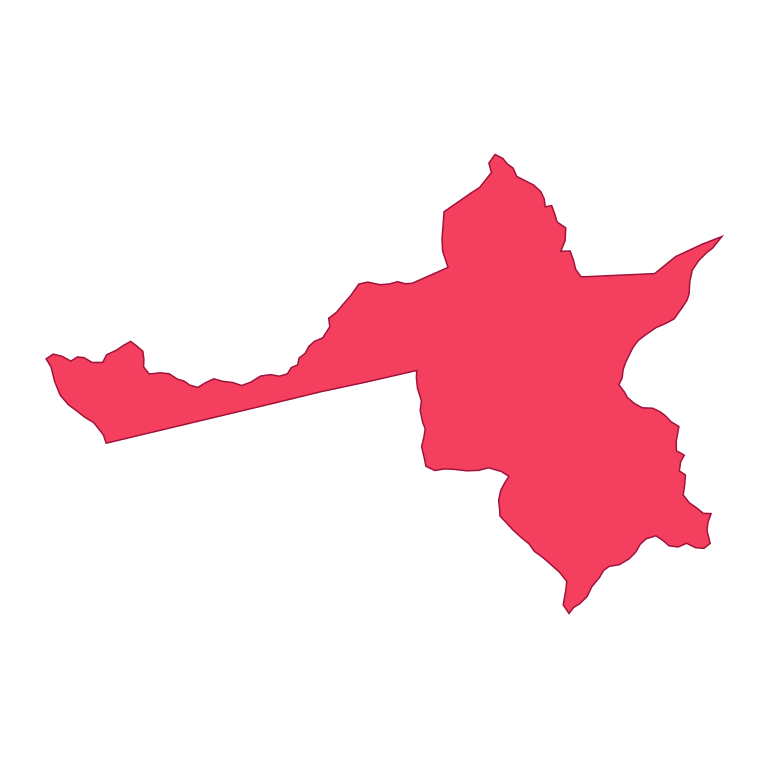 outline of Goianira, Goiás, Brazil
{"feature_id": "56859067B49274736539809", "entity_name": "Goianira", "entity_type": "district", "adm_level": 2, "iso_a3": "BRA", "parent_name": "Brazil", "parent_adm1": "Goiás", "projection": "orthographic", "projection_center": [-49.441, -16.501], "detail": "fine", "context": "isolated", "style": "filled", "palette": "rose", "viewbox_px": 768, "rotation_deg": 0, "n_neighbors": 0, "source": "geoboundaries", "source_scale": "gbopen_adm2", "svg_char_len": 2506}
<svg xmlns="http://www.w3.org/2000/svg" viewBox="0 0 768 768"><path d="M495.0,154.5L488.9,163.1L491.4,172.6L479.6,187.5L470.7,193.2L444.1,211.7L442.0,238.7L442.6,251.0L445.8,260.6L448.0,267.4L412.1,283.3L405.3,283.7L397.5,281.7L389.2,284.0L380.0,284.7L367.8,282.1L358.9,284.0L355.0,289.5L350.7,295.6L343.0,304.4L336.6,312.2L328.7,318.2L329.8,326.7L322.7,337.9L314.5,341.3L308.8,346.4L305.0,353.5L299.1,358.0L297.7,364.9L291.4,367.5L287.3,373.9L279.3,376.2L270.7,374.6L260.4,376.1L250.7,382.2L241.6,385.5L232.7,382.5L222.6,381.3L213.8,378.8L205.9,382.5L197.7,387.4L189.8,385.1L183.9,381.0L177.5,379.2L169.1,373.7L160.0,372.8L149.3,374.0L143.6,366.9L143.9,359.5L142.9,351.3L136.8,346.1L130.7,341.4L124.0,345.0L116.8,350.0L106.6,354.8L102.7,362.4L92.0,362.4L84.1,357.7L77.4,356.9L70.9,361.1L61.8,356.2L53.2,354.1L46.1,358.9L51.1,367.1L54.6,381.4L60.3,395.3L68.5,404.8L76.2,410.5L84.6,417.1L93.9,422.8L103.4,434.9L106.2,443.2L142.6,434.5L269.2,404.3L304.6,395.7L320.5,391.8L366.1,382.1L416.6,370.5L416.4,378.4L417.5,388.3L421.4,400.9L420.2,410.6L422.7,422.5L425.2,428.8L423.9,437.1L421.6,446.6L424.4,458.5L425.9,466.3L434.8,470.5L444.8,468.9L454.4,469.4L466.9,470.8L478.6,470.4L488.5,467.8L501.4,471.5L508.9,476.3L505.0,482.4L500.7,490.5L498.6,500.5L499.6,509.0L500.0,516.1L505.7,522.0L512.8,529.8L520.9,537.2L529.1,543.9L534.4,551.4L543.0,557.6L550.7,564.4L559.8,572.5L566.8,581.5L565.7,590.8L563.2,604.9L569.0,613.5L573.6,607.5L579.7,603.8L587.2,596.4L591.8,586.7L599.6,577.3L603.6,570.4L609.3,566.3L619.3,564.7L629.2,558.8L635.9,551.9L640.2,544.3L646.2,538.8L655.9,535.8L663.6,541.0L669.0,545.8L678.2,547.0L686.5,543.3L695.7,547.7L703.9,548.4L710.2,543.4L707.0,530.6L707.9,522.5L711.1,513.6L703.2,513.3L696.8,508.0L689.3,502.8L683.2,495.0L684.7,484.9L685.4,474.9L679.3,470.9L680.7,461.6L684.3,455.2L676.4,450.7L676.2,441.5L678.9,426.6L670.8,421.5L665.5,415.9L660.2,411.8L652.7,408.2L642.3,407.8L634.6,403.6L627.5,397.6L624.2,391.7L618.9,384.7L622.1,378.1L623.2,369.4L625.6,362.5L629.6,354.2L633.2,347.1L638.2,340.5L645.6,334.8L656.0,327.6L665.8,323.4L674.1,318.9L683.0,306.4L686.9,300.4L689.1,294.1L689.8,281.5L692.3,270.0L698.7,260.6L706.5,252.8L712.6,248.1L721.9,236.5L702.6,244.0L675.6,256.6L654.6,273.6L581.2,276.9L575.8,269.6L573.4,260.0L570.1,251.0L560.8,251.3L565.1,240.6L565.8,227.9L557.1,222.0L554.6,213.6L551.7,205.6L545.3,206.8L544.2,198.9L541.0,191.9L533.9,185.2L523.8,180.0L516.7,176.4L513.1,168.1L507.4,164.1L502.8,158.4L495.0,154.5Z" fill="#f43f5e" stroke="#9f1239" stroke-width="1.5"/></svg>